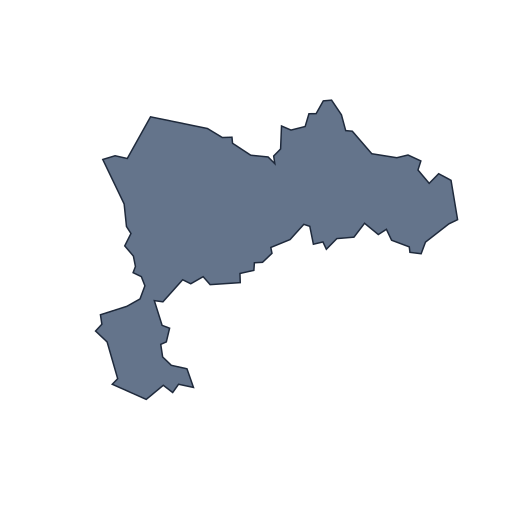 the district of Perry, Kentucky, United States of America, rotated 290°
{"feature_id": "52423323B29211296976241", "entity_name": "Perry", "entity_type": "district", "adm_level": 2, "iso_a3": "USA", "parent_name": "United States of America", "parent_adm1": "Kentucky", "projection": "mercator", "projection_center": [-83.253, 37.218], "detail": "fine", "context": "isolated", "style": "filled", "palette": "slate", "viewbox_px": 512, "rotation_deg": 290, "n_neighbors": 0, "source": "geoboundaries", "source_scale": "gbopen_adm2", "svg_char_len": 1269}
<svg xmlns="http://www.w3.org/2000/svg" viewBox="0 0 512 512"><g transform="rotate(290 256 256)"><path d="M111.1,242.2L126.4,229.7L124.3,213.8L129.2,202.8L140.4,196.7L144.6,201.1L158.6,199.5L158.7,191.5L179.3,175.7L181.1,184.2L208.6,195.2L207.6,204.2L218.5,213.4L213.4,222.7L225.6,250.3L234.1,246.9L241.8,258.9L249.1,256.8L252.3,264.3L264.0,270.1L269.1,267.0L283.1,282.4L302.1,290.1L302.3,296.4L286.7,305.9L292.1,314.1L286.4,319.8L300.0,326.0L307.2,341.6L323.9,346.8L318.0,363.6L325.7,369.4L317.2,378.0L317.0,396.9L312.1,399.4L314.6,410.4L327.0,410.5L352.1,426.2L359.1,433.0L393.8,413.4L395.8,399.5L383.5,393.9L392.2,378.8L401.7,378.4L402.9,364.3L396.5,354.7L391.7,329.8L406.2,303.8L404.5,297.4L417.9,288.0L428.3,273.7L424.8,266.2L410.3,263.8L407.8,257.1L394.5,257.9L386.3,245.8L386.9,235.5L365.0,242.5L356.0,238.4L349.2,242.1L353.2,233.5L348.9,216.6L353.9,195.4L359.4,192.8L355.8,183.8L359.2,166.8L350.7,109.3L303.6,101.7L302.0,89.3L294.3,79.0L259.8,114.3L239.4,124.2L234.4,130.8L220.6,129.2L214.0,140.8L204.9,146.3L198.3,146.2L197.4,155.3L190.0,161.8L176.0,161.7L164.6,151.9L147.6,129.9L139.2,134.5L130.6,130.9L124.3,145.5L93.4,168.0L86.3,164.8L83.7,201.9L102.8,213.1L99.2,224.4L109.0,227.1L111.1,242.2Z" fill="#64748b" stroke="#1e293b" stroke-width="1.5"/></g></svg>